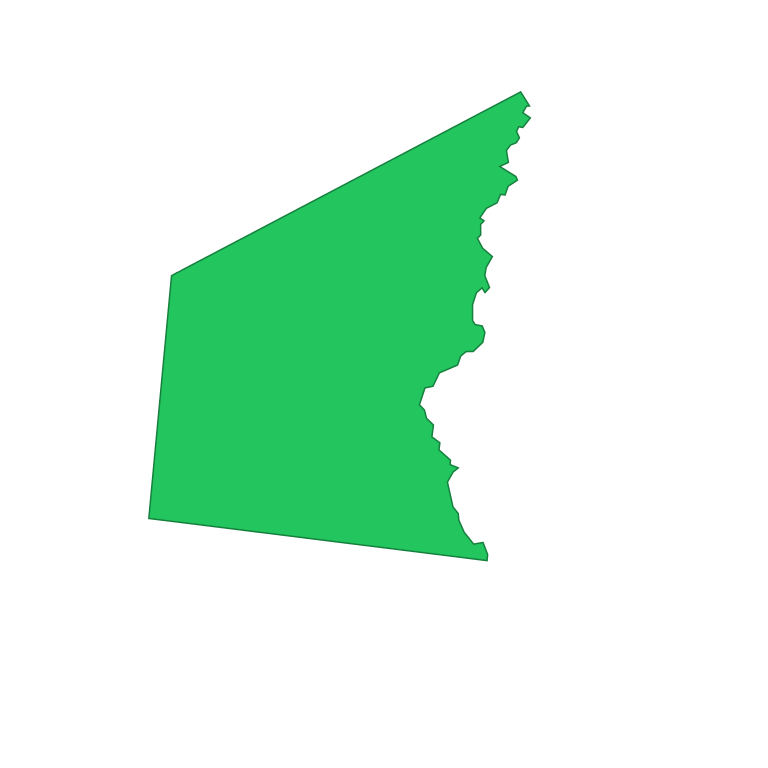 outline of Reeves, Texas, United States of America, rotated 58°
{"feature_id": "52423323B15445354954685", "entity_name": "Reeves", "entity_type": "district", "adm_level": 2, "iso_a3": "USA", "parent_name": "United States of America", "parent_adm1": "Texas", "projection": "mercator", "projection_center": [-103.627, 31.383], "detail": "fine", "context": "isolated", "style": "filled", "palette": "green", "viewbox_px": 768, "rotation_deg": 58, "n_neighbors": 0, "source": "geoboundaries", "source_scale": "gbopen_adm2", "svg_char_len": 1058}
<svg xmlns="http://www.w3.org/2000/svg" viewBox="0 0 768 768"><g transform="rotate(58 384 384)"><path d="M373.4,654.7L588.4,390.2L583.6,386.5L570.9,384.0L567.3,392.8L552.4,394.6L539.2,392.7L533.2,389.7L524.7,390.6L500.8,382.2L495.3,372.1L494.5,365.5L487.4,370.6L483.8,368.0L469.0,372.3L463.5,367.8L454.2,371.4L445.0,363.8L435.7,366.1L427.5,363.5L420.4,365.0L409.0,351.3L411.9,343.7L403.9,331.2L406.9,311.5L401.0,304.2L400.0,297.3L403.7,291.1L401.0,278.1L393.7,271.1L386.8,270.0L381.9,275.2L377.2,275.3L363.7,266.9L355.6,257.3L354.4,249.9L360.0,249.9L358.1,243.4L345.5,241.1L339.3,235.6L333.4,224.6L321.3,228.4L310.0,227.6L308.8,223.0L299.9,217.5L298.6,212.7L293.9,214.7L289.3,204.1L290.2,192.0L284.9,184.6L287.9,181.2L282.1,174.0L281.8,162.8L278.0,162.2L260.8,170.6L262.0,161.1L250.8,156.4L248.4,150.0L249.5,143.9L247.0,138.7L240.1,137.8L237.2,133.4L240.0,130.4L235.9,118.9L227.5,122.5L223.9,115.9L225.3,113.3L208.7,113.3L188.9,380.2L180.4,494.4L180.3,498.0L179.9,500.2L179.6,506.8L373.4,654.7Z" fill="#22c55e" stroke="#15803d" stroke-width="1.5"/></g></svg>